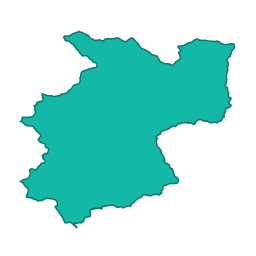 Saraguro, Loja, Ecuador, rotated 88°
{"feature_id": "8360857B4776298104783", "entity_name": "Saraguro", "entity_type": "district", "adm_level": 2, "iso_a3": "ECU", "parent_name": "Ecuador", "parent_adm1": "Loja", "projection": "robinson", "projection_center": [-79.307, -3.527], "detail": "fine", "context": "isolated", "style": "filled", "palette": "teal", "viewbox_px": 256, "rotation_deg": 88, "n_neighbors": 0, "source": "geoboundaries", "source_scale": "gbopen_adm2", "svg_char_len": 5765}
<svg xmlns="http://www.w3.org/2000/svg" viewBox="0 0 256 256"><g transform="rotate(88 128 128)"><path d="M177.6,237.3L179.2,235.0L182.1,233.1L184.3,230.8L185.5,229.9L186.5,229.7L187.9,229.9L192.6,231.8L193.7,231.9L194.8,225.8L196.0,224.7L196.1,222.5L197.7,221.3L197.4,216.8L196.5,214.4L195.8,213.0L195.2,210.9L195.9,208.9L196.1,206.1L196.8,204.2L197.7,202.5L199.0,201.7L202.3,201.0L203.2,201.6L203.9,203.5L204.7,203.3L215.8,196.1L220.2,194.5L220.7,193.7L220.7,192.6L220.1,190.1L220.2,189.0L220.6,188.1L226.3,182.3L224.3,183.2L223.2,184.7L221.4,184.8L221.0,184.2L221.7,182.9L220.8,180.3L221.2,177.8L220.6,176.7L219.8,176.4L219.6,175.4L216.5,174.7L215.5,172.7L215.6,171.2L215.1,170.9L215.3,170.2L214.9,169.4L215.1,169.1L213.4,168.5L211.6,168.5L210.6,168.9L208.8,169.0L208.7,168.1L208.1,167.9L207.7,167.3L208.1,167.1L207.7,166.6L207.8,166.2L207.5,166.0L208.1,165.4L207.4,164.9L207.9,164.8L207.9,164.4L206.7,163.8L207.2,163.0L207.2,159.9L206.4,159.3L206.8,159.4L207.5,158.3L207.0,158.3L207.8,157.4L207.0,157.2L206.9,156.7L206.1,156.6L205.8,156.3L205.3,154.2L205.5,153.3L205.3,152.1L204.6,150.6L204.8,149.5L204.5,147.7L204.7,145.2L205.1,144.7L205.1,144.2L207.1,141.3L206.8,139.5L206.3,138.7L206.7,137.1L207.8,135.5L206.7,133.5L206.2,131.8L206.0,130.0L206.3,128.3L203.5,126.7L202.8,124.9L200.3,122.6L199.7,121.3L199.0,121.0L198.2,119.7L198.2,118.7L197.3,116.6L195.5,115.5L195.3,112.5L196.1,110.4L196.6,107.9L196.5,107.1L195.8,106.2L195.1,101.7L196.1,99.5L195.5,99.3L195.1,97.8L194.1,97.2L194.2,96.7L191.8,96.8L191.0,95.6L189.7,95.4L188.7,95.0L187.4,95.2L187.0,94.9L186.6,93.8L186.6,92.0L185.2,89.3L185.0,86.5L185.2,83.7L184.8,81.0L184.4,80.3L183.3,79.4L180.6,79.6L178.9,81.0L178.6,82.0L177.5,83.1L170.7,85.0L169.9,86.0L169.0,87.8L166.9,87.8L166.1,88.2L164.7,90.0L164.9,91.0L164.6,91.8L164.1,92.2L162.0,92.5L161.6,93.6L161.2,93.6L160.4,92.5L159.6,92.5L157.5,93.8L155.6,94.4L154.7,95.9L152.6,95.5L151.1,96.3L148.9,97.7L148.0,99.0L147.1,99.6L145.0,99.7L143.1,100.6L142.4,100.0L140.6,100.0L139.7,98.8L139.1,99.3L138.8,100.0L137.7,100.3L136.1,97.9L135.1,95.7L134.1,95.8L133.1,94.7L131.9,94.8L131.7,94.6L132.1,92.5L131.8,91.7L131.0,90.9L131.0,89.0L130.4,88.1L130.3,87.2L129.7,86.2L128.5,86.0L128.6,84.7L127.6,83.0L128.2,81.0L127.6,79.8L126.8,79.3L126.5,78.3L125.5,77.5L125.5,75.4L124.6,73.2L124.7,71.5L124.4,70.4L125.0,69.2L124.3,67.9L125.5,67.3L125.0,64.6L125.7,64.0L126.6,62.0L125.9,60.6L124.6,60.6L124.1,60.2L123.6,59.1L122.4,57.9L122.2,57.4L122.2,54.3L123.6,52.7L124.0,48.7L125.6,45.5L125.8,44.6L125.1,40.7L126.0,38.8L124.2,36.4L124.4,35.3L123.7,34.2L120.4,32.8L120.3,31.2L119.2,31.8L118.4,31.8L117.0,31.1L116.3,31.0L116.0,30.5L115.0,30.0L112.5,29.7L111.9,29.1L111.0,26.0L109.3,24.2L108.4,24.6L107.5,26.1L106.8,26.1L104.3,25.7L102.8,24.1L102.1,24.0L101.4,24.4L100.6,26.3L99.1,26.6L97.6,26.2L95.5,26.5L93.4,27.3L91.5,27.1L90.4,27.9L89.5,29.4L88.8,29.7L87.6,28.7L86.5,28.2L82.9,27.6L81.3,28.0L78.6,27.9L76.8,27.2L75.7,27.3L73.5,26.0L72.2,26.6L70.8,26.4L70.1,26.9L69.5,26.5L69.2,25.7L66.8,25.5L65.7,26.1L63.4,26.6L61.3,25.7L59.8,23.3L58.3,23.3L57.5,22.4L55.9,21.8L54.5,21.6L52.2,19.2L50.6,18.7L47.8,19.2L47.9,19.9L47.5,20.5L47.2,22.1L47.9,23.7L47.8,25.1L48.2,26.6L48.0,28.1L47.6,29.9L46.9,31.2L46.7,32.5L45.4,33.3L44.6,35.1L44.7,35.9L44.2,36.2L44.9,38.3L44.5,38.7L43.9,44.8L43.0,48.1L43.0,52.0L42.2,54.6L41.4,55.7L41.5,56.6L42.3,58.3L44.5,61.4L44.7,63.4L45.1,64.9L47.6,69.6L48.1,75.2L49.6,74.9L49.7,74.5L50.8,73.7L52.8,72.5L52.9,72.8L54.0,73.6L54.3,74.8L58.6,73.2L59.7,73.2L61.3,74.2L63.8,78.2L65.1,78.8L65.6,79.8L66.7,80.8L67.1,81.7L66.5,82.2L66.3,82.9L65.5,84.2L65.1,86.1L65.2,89.1L63.4,91.5L63.4,93.2L57.2,96.4L56.2,99.0L55.5,101.8L52.8,104.3L50.4,108.4L48.9,111.9L47.5,113.0L44.1,114.9L44.2,115.1L42.3,116.8L39.1,119.3L38.0,121.1L38.4,122.0L39.1,122.9L39.5,124.3L40.2,125.1L41.3,125.7L41.5,126.3L41.3,127.3L41.6,127.8L41.2,129.5L40.6,129.8L39.5,132.2L38.0,133.9L37.6,135.0L37.7,137.5L38.3,138.7L38.0,140.9L38.5,142.7L38.1,143.9L38.0,147.1L38.4,147.8L39.3,148.5L40.1,150.3L38.9,153.1L39.2,155.3L39.2,158.3L39.1,158.7L37.7,160.4L37.6,161.7L37.2,162.4L36.2,163.4L34.7,163.9L33.3,165.8L32.8,167.7L32.2,168.4L31.6,169.6L31.0,170.1L30.4,172.6L29.7,173.5L30.4,174.8L31.8,179.6L32.9,181.8L33.7,182.7L34.2,184.1L33.8,185.9L34.0,186.6L33.8,187.9L34.1,188.5L35.3,189.2L36.3,188.4L37.6,188.1L39.0,186.5L38.7,185.1L39.6,183.3L41.6,181.5L42.6,179.7L43.4,179.4L43.9,178.8L44.9,178.4L45.8,177.4L46.9,177.1L49.0,174.8L51.0,173.9L51.9,173.2L52.5,172.3L53.7,171.8L54.4,170.8L54.2,168.1L54.4,166.9L54.9,166.0L57.9,163.6L58.8,161.9L60.4,161.0L62.5,156.9L64.4,156.7L66.7,158.0L66.5,160.0L67.4,163.7L69.2,169.6L70.4,172.3L71.6,172.9L74.9,173.5L76.6,174.4L77.9,174.0L79.3,174.1L81.4,174.9L82.0,175.5L82.6,178.4L83.3,180.2L84.4,181.7L87.1,183.3L88.0,184.6L88.5,186.0L89.8,186.8L91.1,188.9L91.7,191.0L91.8,193.2L93.2,195.1L94.1,201.6L93.1,202.8L93.0,204.0L93.2,205.7L93.0,206.9L90.8,212.4L91.8,212.6L94.2,212.3L95.7,211.6L98.2,212.8L98.4,215.5L99.1,217.6L99.9,218.6L100.8,218.4L101.7,218.6L102.3,221.0L103.1,220.9L103.8,220.4L105.8,220.3L106.4,220.6L107.6,220.0L108.8,220.2L109.6,219.8L111.9,221.5L113.3,223.3L113.7,224.6L113.9,226.7L113.7,233.3L114.9,233.2L117.0,234.4L117.6,235.2L119.0,232.5L120.8,231.2L121.9,229.6L122.4,227.5L122.6,224.0L123.4,222.5L124.9,221.7L128.7,218.8L130.2,216.9L132.0,215.5L133.5,215.7L134.5,216.8L136.7,218.1L137.2,217.4L138.6,216.8L139.6,215.5L140.9,211.4L144.2,211.2L145.4,208.6L146.2,208.1L149.4,208.8L150.7,209.7L150.5,211.9L151.8,213.4L152.3,214.6L153.5,214.2L154.3,214.5L156.0,213.8L156.8,212.5L157.3,212.1L159.6,212.2L160.1,213.6L160.2,215.6L160.9,216.3L161.9,216.8L163.5,219.2L165.4,220.0L166.6,222.1L165.4,225.6L166.0,227.6L166.7,227.9L170.3,227.1L173.5,228.4L175.2,230.4L176.0,234.5L177.6,237.3Z" fill="#14b8a6" stroke="#0f766e" stroke-width="1.5"/></g></svg>